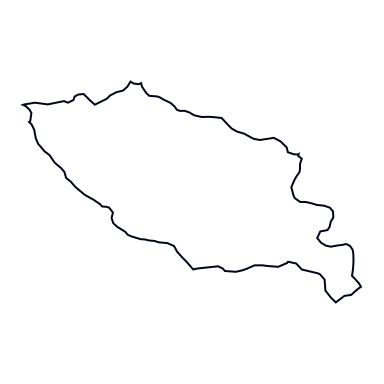 outline of Choirokoitia, Larnaca, Cyprus
{"feature_id": "46923920B55187515304713", "entity_name": "Choirokoitia", "entity_type": "district", "adm_level": 2, "iso_a3": "CYP", "parent_name": "Cyprus", "parent_adm1": "Larnaca", "projection": "robinson", "projection_center": [33.342, 34.796], "detail": "fine", "context": "isolated", "style": "outline", "palette": "ink", "viewbox_px": 384, "rotation_deg": 0, "n_neighbors": 0, "source": "geoboundaries", "source_scale": "gbopen_adm2", "svg_char_len": 2088}
<svg xmlns="http://www.w3.org/2000/svg" viewBox="0 0 384 384"><path d="M130.5,81.6L127.4,86.7L123.0,90.6L116.4,92.2L110.2,95.4L106.9,98.7L94.8,104.7L90.2,100.5L83.6,94.0L78.0,94.6L74.6,96.6L73.4,100.1L67.8,102.7L64.1,101.1L59.0,102.1L47.8,104.4L35.0,102.7L24.5,104.4L23.0,104.9L26.1,106.4L29.5,109.7L31.4,113.0L30.2,121.3L29.1,122.0L31.5,124.3L34.2,129.7L35.8,138.4L38.2,144.0L41.2,147.3L44.5,151.3L49.5,155.1L54.7,162.7L57.6,165.2L60.9,167.9L64.4,171.9L66.1,177.9L70.8,181.7L75.3,186.9L84.7,194.8L94.2,200.1L95.8,201.3L99.7,203.9L102.2,206.5L106.4,206.8L109.1,207.6L112.9,212.5L111.6,218.0L113.2,223.1L117.2,226.8L125.4,231.9L127.7,234.8L131.7,236.5L138.4,238.5L140.8,239.2L144.6,239.4L149.3,240.5L154.4,240.9L158.6,242.3L167.3,243.1L174.0,246.0L174.9,247.6L177.1,251.7L182.5,257.7L186.3,261.5L190.7,266.5L193.1,269.4L197.5,268.5L218.1,266.3L222.7,268.5L224.9,271.0L235.8,271.8L241.7,270.5L246.2,269.0L254.6,265.3L262.2,265.3L267.5,266.0L278.2,266.8L287.1,263.0L288.1,261.7L296.2,263.5L301.8,269.5L317.8,273.3L319.8,274.1L324.6,279.6L325.4,290.6L331.2,297.9L335.8,302.4L341.1,298.4L344.4,295.9L351.2,294.9L354.8,291.6L358.6,288.4L361.0,286.8L358.9,283.3L356.1,280.1L352.0,275.8L353.0,269.3L353.5,261.5L353.5,261.3L353.3,253.4L352.6,249.7L350.0,245.9L346.3,244.0L342.2,244.9L336.5,245.6L330.9,246.7L325.8,245.6L321.0,242.7L317.2,238.0L320.3,231.4L327.5,230.1L329.6,226.9L330.7,221.8L333.3,217.5L333.0,211.5L329.9,207.7L324.2,205.7L316.6,204.9L311.7,203.3L305.5,202.0L300.0,201.9L294.7,198.0L293.4,195.1L291.3,187.2L294.2,180.5L296.0,177.1L299.5,172.1L300.0,168.9L300.0,164.8L300.3,163.0L301.8,158.8L298.2,155.9L298.6,154.2L298.1,154.5L293.9,154.3L287.8,152.2L286.7,147.4L280.4,141.3L273.7,137.8L269.2,138.6L259.8,140.0L253.4,138.7L244.0,133.6L236.9,131.5L231.7,128.6L227.0,123.8L221.6,118.0L216.4,117.4L210.8,116.9L205.7,116.9L201.7,117.0L194.2,115.3L189.5,112.5L184.9,110.9L179.8,110.9L176.8,109.7L174.7,106.6L170.5,102.9L163.2,99.4L160.1,97.5L157.4,96.5L149.2,95.8L146.3,93.1L141.9,86.5L141.1,83.1L138.9,84.2L133.5,83.5L130.5,81.6Z" fill="none" stroke="#020617" stroke-width="2"/></svg>